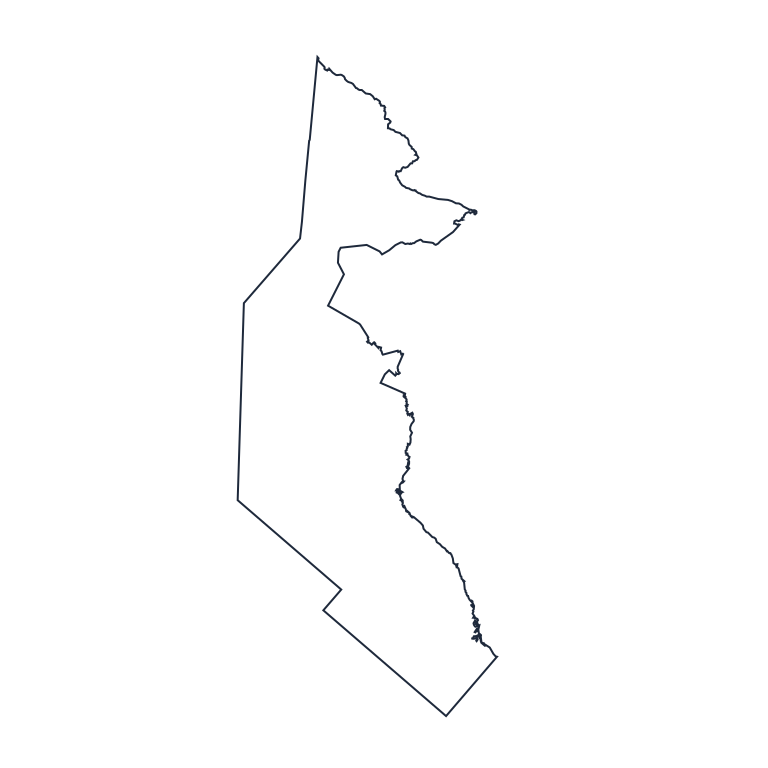 Whyalla, South Australia, Australia (Albers equal-area conic projection), rotated 311°
{"feature_id": "25037944B64884179183706", "entity_name": "Whyalla", "entity_type": "district", "adm_level": 2, "iso_a3": "AUS", "parent_name": "Australia", "parent_adm1": "South Australia", "projection": "albers", "projection_center": [137.585, -33.046], "detail": "fine", "context": "isolated", "style": "outline", "palette": "slate", "viewbox_px": 768, "rotation_deg": 311, "n_neighbors": 0, "source": "geoboundaries", "source_scale": "gbopen_adm2", "svg_char_len": 6166}
<svg xmlns="http://www.w3.org/2000/svg" viewBox="0 0 768 768"><g transform="rotate(311 384 384)"><path d="M252.3,648.2L251.7,646.9L252.1,643.6L254.5,636.7L253.7,631.3L253.3,632.3L253.0,632.1L254.1,628.5L253.6,629.4L253.3,628.5L252.6,629.5L252.6,627.2L253.7,625.4L254.2,625.0L254.1,625.8L257.1,622.4L254.9,623.6L254.9,622.9L256.1,620.8L254.0,620.1L253.4,620.4L252.6,622.3L250.7,622.6L250.8,622.0L252.4,621.5L252.6,620.6L252.1,619.8L250.7,619.0L249.2,617.0L250.7,617.9L252.5,617.3L254.4,619.1L257.2,620.1L257.1,620.4L257.6,620.5L257.4,622.0L257.8,622.2L258.2,621.7L258.1,619.1L260.5,616.4L259.2,616.0L258.6,616.5L257.8,615.8L256.5,615.9L256.3,615.2L260.1,614.7L260.7,615.0L260.2,615.7L260.8,616.2L264.3,614.3L263.4,613.9L264.3,612.9L264.0,611.6L263.3,611.8L262.8,612.9L261.8,613.0L260.8,612.3L260.7,611.6L261.2,609.9L262.2,608.5L264.7,608.0L265.2,608.5L263.8,610.0L264.4,609.9L265.0,611.0L265.7,610.1L267.4,609.9L268.0,608.6L267.7,607.6L267.3,607.6L267.6,605.9L266.0,607.1L267.0,605.4L266.2,604.6L268.2,604.2L268.9,601.4L270.9,600.8L271.3,599.7L272.7,599.6L275.6,597.6L276.2,596.2L275.6,596.5L275.0,595.9L274.0,596.6L274.1,595.2L274.3,594.9L275.5,595.6L278.0,593.4L278.0,592.4L277.1,592.5L277.3,590.3L278.0,588.2L279.2,586.5L278.8,585.8L279.6,583.9L280.4,583.3L280.6,581.8L281.6,581.1L282.0,579.7L286.7,574.7L287.2,573.2L287.9,573.7L287.9,570.3L289.4,568.7L289.2,567.9L293.7,561.3L293.8,559.1L296.2,557.6L295.7,557.2L292.8,559.8L294.7,557.0L294.4,553.9L297.5,550.4L299.6,546.5L299.5,545.5L299.9,545.0L299.1,543.7L299.5,541.4L299.0,541.2L299.9,538.0L299.3,534.7L299.8,531.3L299.3,527.6L301.1,524.5L301.0,522.6L300.2,520.9L300.7,514.6L300.0,513.2L300.7,508.8L302.7,506.2L303.2,502.7L303.1,493.8L302.3,491.4L301.9,493.0L301.7,492.8L302.0,490.4L302.8,489.0L302.5,488.4L303.4,487.8L303.4,485.5L302.9,485.8L302.5,484.3L303.8,482.6L305.7,478.5L304.7,479.3L304.0,480.9L303.9,479.0L305.2,476.8L306.5,476.4L307.8,475.0L307.1,474.5L307.6,473.9L307.2,472.6L307.6,472.5L308.5,473.3L308.6,472.2L310.1,469.5L311.1,468.9L310.6,467.8L310.9,466.0L310.1,464.0L312.5,466.1L312.8,464.8L313.4,464.2L311.9,462.9L313.0,462.7L313.6,463.2L314.3,464.5L313.2,466.4L313.7,468.0L312.4,466.9L312.3,468.2L311.8,468.7L314.5,468.6L314.1,466.9L314.3,465.6L318.0,462.1L320.0,461.9L322.2,462.9L323.5,462.9L323.1,462.3L321.9,462.4L321.8,461.9L323.4,462.0L324.5,460.2L327.3,458.7L337.0,458.3L337.1,457.5L335.9,457.1L335.6,456.5L336.2,455.2L337.6,455.6L339.2,454.6L338.6,455.9L340.2,455.3L342.0,453.8L342.6,452.4L342.5,451.4L344.2,451.8L345.7,451.1L345.4,450.1L346.0,448.8L345.3,447.3L346.8,447.1L346.2,445.6L347.8,444.1L349.0,444.5L349.8,443.7L351.0,443.5L351.4,442.7L352.4,443.0L354.3,441.4L354.4,442.1L355.1,442.2L355.1,443.0L357.1,442.4L359.9,440.3L361.7,438.2L365.6,437.1L366.6,433.8L368.8,432.0L371.9,431.0L375.4,430.8L376.5,430.1L377.5,428.3L377.0,428.1L377.6,428.1L377.4,427.2L377.7,426.5L380.3,425.5L380.9,424.2L379.8,423.8L378.4,425.2L378.8,424.5L378.8,423.5L378.4,423.2L377.3,423.8L377.5,422.5L376.4,422.3L377.0,420.9L378.6,420.2L378.6,418.2L380.5,417.3L381.7,414.9L382.7,416.0L383.3,415.4L383.9,415.5L383.9,415.0L383.1,414.5L385.6,412.8L385.5,412.0L386.8,411.6L387.3,410.8L387.4,409.5L388.5,408.7L388.5,408.0L387.4,407.9L387.4,407.0L388.3,406.4L388.5,407.5L390.6,406.3L382.6,380.7L391.8,378.3L397.8,378.8L397.7,387.0L399.2,387.0L400.1,386.2L400.0,387.0L401.0,388.5L403.4,388.9L402.8,388.5L402.7,387.1L403.2,385.8L404.0,385.4L404.6,384.2L406.0,383.0L419.2,378.8L419.2,378.3L417.7,377.6L419.4,374.7L417.5,373.7L418.2,372.5L405.4,363.9L405.6,363.0L407.1,360.7L407.2,359.3L409.6,357.9L408.6,355.8L407.5,356.2L408.0,350.9L408.9,350.8L409.1,349.5L408.2,349.3L408.1,349.8L408.2,349.0L405.6,349.0L405.6,344.9L404.7,344.8L404.8,343.5L406.8,343.7L408.1,341.5L408.9,341.5L413.2,327.0L413.2,325.4L406.4,290.4L440.5,281.8L445.3,269.7L454.0,263.0L458.4,261.9L477.6,279.7L481.2,293.7L480.5,297.5L488.4,300.2L496.3,301.5L501.9,303.8L503.0,305.0L503.6,308.2L505.7,309.9L506.6,311.7L507.4,311.7L507.6,312.7L509.1,313.3L510.1,314.3L512.8,314.8L516.7,316.7L517.1,317.6L517.0,320.0L522.1,327.5L522.7,328.9L522.5,330.3L523.0,331.8L525.5,332.7L529.5,332.9L544.0,336.4L553.9,336.5L553.5,335.6L552.4,335.2L551.7,332.3L551.1,331.6L553.0,330.4L555.0,331.2L555.8,333.4L556.9,334.1L558.8,334.3L558.9,335.4L559.4,335.7L559.1,334.8L560.8,334.0L562.0,334.8L564.2,333.7L565.0,334.1L566.1,333.6L567.0,333.9L569.3,335.2L569.7,335.9L569.6,337.1L571.0,337.4L572.4,338.7L572.5,339.5L571.5,340.9L571.8,341.5L573.5,341.7L574.6,340.8L574.1,339.9L574.3,339.2L574.8,339.3L574.6,338.4L573.1,336.8L572.5,335.1L571.3,334.2L571.6,333.7L570.0,327.3L570.1,324.9L569.4,322.1L567.6,319.8L566.6,315.4L564.9,311.5L559.2,303.6L555.1,295.2L553.4,293.2L552.9,291.2L551.8,288.8L551.4,285.9L550.7,284.8L550.4,281.1L550.8,280.9L550.3,279.7L549.8,279.7L548.9,278.4L548.1,275.9L548.1,274.8L546.5,271.9L546.6,270.5L545.9,267.4L546.6,264.0L547.6,261.9L547.5,260.6L549.4,257.8L549.2,256.0L552.7,254.0L553.1,254.0L553.9,255.9L554.6,255.8L555.6,257.0L558.6,256.1L560.3,256.3L561.1,258.1L563.3,259.4L567.9,259.3L569.0,260.5L571.0,259.7L572.2,260.9L573.6,261.0L574.8,261.8L577.5,261.4L578.2,258.8L577.5,257.3L578.9,257.5L580.1,255.6L579.9,254.7L580.5,252.1L579.9,250.5L581.1,249.3L581.1,246.5L581.6,245.1L583.8,242.7L584.8,240.6L584.3,238.2L584.9,236.5L583.6,234.6L583.9,231.4L581.8,227.2L582.0,224.7L580.5,221.7L580.6,220.6L579.6,219.2L582.7,216.7L585.4,217.2L586.5,216.7L586.7,213.3L584.7,210.9L585.9,209.4L588.8,207.9L589.9,206.9L590.4,206.0L590.3,205.0L591.6,204.5L592.5,203.3L593.5,203.4L594.0,201.7L592.1,199.0L593.0,198.0L593.1,196.4L594.2,196.0L594.6,194.8L594.1,190.9L592.8,190.2L593.8,186.8L593.7,183.4L591.3,179.6L591.3,174.3L590.0,172.9L589.5,171.6L589.5,169.6L589.0,168.7L590.1,163.7L589.8,161.9L588.5,158.9L588.3,157.0L588.5,154.6L589.3,153.5L589.8,151.9L589.5,149.5L589.1,148.5L586.2,145.8L585.7,144.7L585.3,140.9L586.0,135.8L584.8,136.3L584.2,135.1L583.3,135.4L582.7,133.4L582.8,132.2L584.1,131.4L584.3,130.5L584.9,122.5L585.9,121.3L586.9,120.9L587.1,119.3L519.5,167.8L518.5,167.9L485.9,191.2L452.5,215.7L438.7,225.2L353.1,225.2L200.3,349.8L200.8,486.6L173.4,486.7L174.1,648.7L252.3,648.2Z" fill="none" stroke="#1e293b" stroke-width="2"/></g></svg>